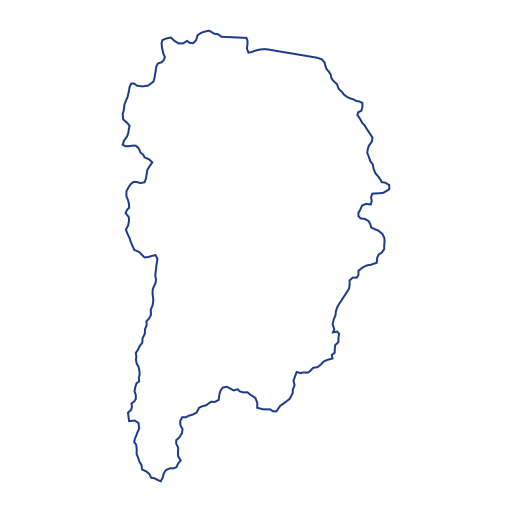 outline of Licínio de Almeida, Bahia, Brazil
{"feature_id": "56859067B49483599341096", "entity_name": "Licínio de Almeida", "entity_type": "district", "adm_level": 2, "iso_a3": "BRA", "parent_name": "Brazil", "parent_adm1": "Bahia", "projection": "mercator", "projection_center": [-42.478, -14.613], "detail": "fine", "context": "isolated", "style": "outline", "palette": "blue", "viewbox_px": 512, "rotation_deg": 0, "n_neighbors": 0, "source": "geoboundaries", "source_scale": "gbopen_adm2", "svg_char_len": 4117}
<svg xmlns="http://www.w3.org/2000/svg" viewBox="0 0 512 512"><path d="M187.2,40.9L183.0,43.4L178.7,43.4L174.4,40.9L170.9,37.5L166.2,38.5L162.4,40.1L161.6,43.1L161.9,47.0L163.2,53.2L164.9,57.2L163.6,60.3L161.4,62.4L157.9,63.5L156.3,66.6L155.3,73.1L154.4,78.4L153.5,81.5L148.2,85.6L142.4,86.4L137.3,85.8L134.2,83.6L131.2,83.5L129.6,86.9L128.7,92.2L127.5,97.1L124.5,104.2L123.8,110.1L122.7,114.0L123.2,119.4L127.2,122.9L129.6,125.8L128.8,129.1L128.5,132.3L127.0,136.6L124.0,140.7L122.7,144.8L125.5,146.2L128.8,146.2L132.7,145.6L135.8,145.7L138.7,148.3L140.5,152.5L143.1,154.6L144.6,157.4L149.0,159.3L152.3,162.4L149.8,165.9L147.3,170.0L145.9,178.8L144.5,182.3L140.3,183.1L137.1,182.1L133.5,181.9L130.7,184.1L128.6,187.2L126.4,191.3L126.4,196.2L127.9,199.8L128.8,203.1L129.2,207.7L127.0,209.8L125.6,213.1L128.8,217.1L129.0,220.8L128.2,225.3L125.9,229.6L127.4,233.6L129.7,238.4L130.7,241.7L132.0,245.0L134.4,250.0L139.0,251.9L142.1,255.0L144.5,257.4L148.2,257.1L151.6,256.0L155.5,255.1L157.5,258.8L156.5,264.7L155.9,270.0L155.3,275.2L156.0,280.1L155.5,283.1L153.3,287.6L152.6,290.7L152.6,294.3L153.1,297.7L153.3,300.8L152.5,305.6L150.7,309.8L151.0,314.9L149.0,318.5L146.4,321.4L146.7,325.2L145.0,329.2L144.8,333.8L142.5,338.4L142.4,342.5L139.7,346.1L138.1,349.5L135.8,353.0L136.3,356.3L136.0,360.0L136.7,363.8L138.5,366.6L139.2,369.9L139.7,374.2L138.8,378.0L139.2,381.3L136.5,383.3L135.3,387.1L134.5,391.3L135.8,394.9L135.8,398.9L134.1,401.6L131.5,403.5L132.0,406.7L131.0,410.0L128.0,412.6L128.6,417.6L129.1,421.1L134.8,420.6L138.5,423.0L139.2,428.4L137.3,432.7L136.2,435.8L134.8,438.9L134.2,442.0L136.2,444.8L136.7,449.3L136.6,454.1L138.1,457.6L139.4,461.6L141.5,465.0L142.1,469.5L146.3,471.5L149.3,473.9L151.2,477.8L154.6,478.3L157.5,479.9L160.7,481.3L162.6,477.9L163.6,473.9L165.8,470.2L170.1,468.2L173.5,468.4L176.5,467.1L178.1,463.5L180.7,460.4L178.1,456.2L178.0,452.4L178.2,447.8L176.2,443.6L176.2,440.2L179.1,437.7L182.0,433.2L182.5,429.0L180.4,425.2L180.2,420.9L182.2,417.2L185.7,417.3L188.7,415.8L192.6,414.6L196.6,412.6L199.1,407.7L202.5,406.2L206.2,405.3L208.7,403.3L211.5,401.7L214.6,402.0L218.7,399.9L219.5,393.9L220.6,390.4L222.9,387.5L226.9,386.8L230.9,388.9L233.6,390.4L237.6,389.3L240.0,391.5L243.5,392.4L247.5,392.3L250.6,394.9L255.4,398.0L257.3,402.9L257.2,407.7L262.8,409.3L266.0,409.3L270.0,409.3L273.1,411.3L276.4,411.3L278.1,408.8L280.4,405.7L285.2,402.4L289.7,398.8L292.6,393.3L292.9,389.3L294.6,385.0L293.5,380.7L295.0,376.4L296.7,372.0L300.5,373.1L303.5,372.4L307.7,372.7L310.3,370.9L313.1,367.8L317.7,367.1L321.2,364.2L323.5,361.6L327.6,359.8L332.5,358.5L331.8,355.0L334.7,352.7L334.8,348.7L335.1,345.2L338.4,342.1L338.4,338.1L339.1,333.9L337.3,331.6L333.0,332.3L334.3,329.2L332.6,324.4L333.8,319.2L335.5,315.2L335.9,311.3L337.3,307.0L339.5,303.3L341.6,300.2L343.2,297.7L345.4,294.4L347.4,291.2L349.1,288.6L349.6,284.8L349.6,280.4L352.8,277.6L356.9,277.6L358.4,275.0L358.5,270.7L363.2,267.1L367.4,265.2L370.5,264.9L373.3,263.9L376.7,262.8L377.2,257.7L378.8,254.4L381.8,252.6L384.2,249.0L384.2,245.0L384.6,241.5L384.3,237.9L382.4,233.9L378.3,230.6L374.3,229.0L371.3,227.5L370.4,224.5L368.7,221.2L364.8,218.9L360.6,218.4L358.5,216.2L358.4,212.9L360.2,209.8L362.1,205.5L366.1,203.9L370.7,204.5L371.7,201.0L371.1,197.5L372.2,193.7L375.7,193.4L379.0,193.3L383.1,192.9L386.0,191.3L389.3,189.2L389.2,185.1L385.1,182.6L381.7,182.1L380.3,179.3L377.7,175.9L375.4,173.3L373.6,168.8L372.8,164.4L370.3,161.2L368.8,156.8L367.2,152.6L367.7,149.5L368.7,146.0L372.0,141.4L372.5,137.6L366.5,128.5L364.6,125.4L362.1,122.7L359.9,118.6L357.4,115.2L358.1,112.3L361.3,110.8L362.4,107.4L362.4,103.0L359.5,101.5L356.3,101.0L353.6,99.4L350.4,98.5L347.0,96.9L343.8,94.5L342.1,92.1L338.7,88.9L336.9,84.1L333.3,80.8L331.5,78.4L330.7,74.7L328.8,71.6L326.6,69.2L325.4,66.1L324.6,62.5L321.8,59.3L317.4,57.8L297.4,54.4L282.3,51.9L275.6,50.8L268.5,49.5L264.8,49.1L260.2,49.5L255.3,50.6L251.7,52.0L248.5,52.7L246.9,48.4L247.5,44.1L247.5,40.6L246.4,37.9L221.6,36.8L217.9,34.2L214.4,33.8L209.2,30.7L205.2,31.5L201.4,32.7L197.5,35.3L196.1,40.3L193.2,43.2L189.7,42.8L187.2,40.9Z" fill="none" stroke="#1e3a8a" stroke-width="2"/></svg>